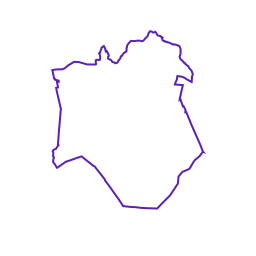 Siria, Arad, Romania (Equal Earth projection), rotated 244°
{"feature_id": "2599482B5262602220408", "entity_name": "Siria", "entity_type": "district", "adm_level": 2, "iso_a3": "ROU", "parent_name": "Romania", "parent_adm1": "Arad", "projection": "equal_earth", "projection_center": [21.642, 46.281], "detail": "fine", "context": "isolated", "style": "outline", "palette": "violet", "viewbox_px": 256, "rotation_deg": 244, "n_neighbors": 0, "source": "geoboundaries", "source_scale": "gbopen_adm2", "svg_char_len": 5681}
<svg xmlns="http://www.w3.org/2000/svg" viewBox="0 0 256 256"><g transform="rotate(244 128 128)"><path d="M205.3,190.1L204.2,188.1L202.0,185.9L200.9,182.6L200.0,180.8L199.7,179.5L199.8,178.8L201.5,176.6L202.8,173.6L203.2,172.0L204.9,169.1L204.9,168.4L203.6,165.2L203.4,164.9L203.3,164.6L203.2,164.4L202.6,163.7L202.2,163.1L201.8,163.0L201.4,162.6L201.1,162.5L201.0,162.4L200.9,162.3L200.7,161.9L200.3,161.6L200.1,161.4L199.9,161.4L199.7,161.4L199.4,161.3L199.2,161.2L198.8,160.9L198.6,160.9L198.2,160.6L197.7,160.3L197.6,160.2L197.6,159.9L197.6,159.6L197.4,159.3L197.5,159.2L197.4,158.9L197.5,158.6L197.4,158.4L197.2,157.7L197.1,156.6L196.9,156.3L196.4,155.5L196.2,155.1L195.9,154.8L195.7,154.6L195.6,154.4L195.5,154.1L195.5,153.8L195.6,153.6L195.6,153.3L195.5,153.2L195.2,152.7L195.0,152.4L194.6,152.2L194.4,152.1L194.3,151.9L193.7,151.1L193.5,150.7L193.2,150.0L193.1,149.6L192.7,149.2L192.6,148.9L192.6,148.7L192.4,148.4L192.2,148.1L191.9,147.9L191.8,147.7L191.7,147.5L191.7,147.3L191.5,147.0L191.4,146.8L191.5,146.4L191.5,146.1L191.6,145.6L191.7,145.4L191.7,145.0L191.8,144.9L192.0,144.9L192.6,144.7L193.1,144.2L193.4,143.8L193.7,143.4L193.9,143.1L194.1,142.9L194.5,142.8L195.0,142.8L195.5,142.7L196.1,142.6L196.4,142.5L196.6,142.5L196.8,142.3L197.1,142.0L197.4,141.9L197.6,141.8L197.7,141.6L198.0,141.3L198.5,140.9L198.8,140.7L199.0,140.7L199.3,140.6L199.5,140.6L199.8,140.7L199.9,140.9L200.1,141.0L200.6,141.3L200.8,141.4L200.9,141.6L201.0,141.9L201.1,142.1L201.4,142.4L201.6,142.5L201.8,142.6L202.3,142.6L202.6,142.6L203.0,142.6L203.7,142.7L204.0,142.7L204.3,142.7L205.1,142.7L205.5,142.7L205.9,142.7L206.3,142.6L206.7,142.4L206.8,142.3L206.7,142.0L206.6,141.9L206.5,141.7L207.0,141.7L207.4,141.7L208.0,142.0L208.3,142.1L208.7,142.0L208.8,142.1L209.1,142.2L209.6,142.4L209.8,142.4L210.6,142.3L211.2,142.2L211.9,142.2L212.3,142.2L212.0,140.5L211.9,139.6L210.9,139.0L210.4,138.1L209.5,137.2L208.6,136.5L208.2,135.6L207.8,135.6L207.6,134.8L207.4,134.9L205.7,134.6L204.2,134.2L202.9,133.6L202.2,133.0L201.7,132.7L201.8,131.7L202.8,130.3L203.1,129.4L203.1,129.1L203.0,128.7L202.5,128.5L201.6,128.1L200.2,127.4L199.7,127.5L199.3,127.2L199.2,126.8L201.0,123.2L203.2,118.9L205.0,117.0L208.9,112.6L210.6,109.5L210.8,108.8L211.1,108.5L210.5,101.6L209.4,97.5L209.5,95.2L209.5,94.8L209.7,94.3L210.4,92.9L210.6,92.3L211.2,91.2L211.8,89.9L211.9,89.6L212.1,89.1L213.2,85.4L204.9,83.3L204.4,83.8L203.5,83.5L201.0,86.4L199.9,85.9L201.0,84.5L195.3,82.9L195.5,82.6L195.3,81.5L195.5,81.0L193.4,80.4L184.4,78.3L175.4,76.2L175.0,76.3L174.4,75.9L171.4,74.1L165.4,70.5L159.3,66.9L155.9,64.8L148.8,60.7L146.5,59.3L144.7,58.2L144.2,58.2L144.1,57.9L143.0,58.0L142.9,57.4L142.5,56.8L142.2,56.2L141.0,54.3L140.9,54.0L140.9,53.4L141.0,52.7L140.9,52.1L140.9,51.2L140.7,50.7L140.4,50.3L140.0,50.1L139.5,50.1L139.0,50.1L137.7,49.6L137.1,49.3L136.8,49.0L136.1,48.5L135.8,48.3L135.5,48.4L135.2,48.4L134.9,48.6L134.7,48.6L134.4,48.6L134.1,48.6L133.9,48.5L133.5,48.2L133.4,48.1L133.0,47.4L131.9,46.8L131.3,46.4L130.4,45.8L130.0,45.9L126.9,46.4L123.5,46.7L123.3,46.8L123.4,47.4L124.3,53.2L124.7,55.8L125.0,57.5L124.8,58.0L124.2,62.8L123.7,67.0L123.6,68.3L122.8,73.9L118.6,75.8L109.7,80.0L107.6,81.4L106.9,81.4L105.2,81.8L101.2,82.6L98.3,83.3L95.2,83.9L92.0,84.6L91.5,84.6L91.1,84.4L90.8,84.4L87.7,85.0L85.1,85.5L82.7,85.9L81.0,86.2L74.7,87.2L73.4,87.4L70.7,87.9L68.2,88.4L66.0,88.6L63.9,88.9L62.2,89.1L59.9,89.3L59.5,90.3L58.7,91.3L55.3,96.8L53.7,99.8L51.6,103.0L50.5,104.8L49.7,106.2L49.1,107.3L48.7,107.9L48.5,108.1L48.3,108.6L47.6,110.0L46.5,111.9L45.4,114.2L44.9,115.1L44.3,116.1L43.9,117.0L43.2,118.1L42.8,118.5L43.0,119.2L46.3,128.4L48.6,135.1L49.2,136.6L56.2,148.5L62.2,152.1L64.7,157.5L64.4,163.5L64.4,164.4L64.4,165.1L64.5,165.5L65.2,166.7L66.1,168.0L68.0,170.8L69.4,173.1L69.8,173.8L70.0,174.6L70.6,177.2L71.0,178.7L71.4,180.1L73.6,184.5L73.8,185.0L73.7,185.1L74.1,185.0L77.7,185.3L81.3,185.6L89.0,185.9L102.6,186.4L112.7,187.1L116.6,187.3L116.9,186.4L117.1,186.5L117.4,186.5L118.2,187.2L118.9,187.6L123.3,187.5L123.3,186.9L125.5,187.0L126.7,187.2L129.2,187.5L130.4,187.7L130.5,186.6L132.2,187.8L142.5,196.1L146.6,189.2L147.0,189.5L147.5,190.0L148.7,191.4L150.2,193.2L151.7,194.2L152.7,194.8L152.9,195.1L153.0,195.2L152.2,196.4L151.2,197.8L150.8,198.4L150.1,199.2L149.2,200.1L148.6,200.6L146.6,201.8L145.3,202.6L144.0,203.6L141.6,205.2L141.4,205.4L142.3,205.9L143.3,206.5L144.0,206.9L144.6,207.2L145.5,207.7L145.8,207.7L146.2,208.1L146.8,208.7L147.2,209.3L147.7,209.6L147.9,209.7L148.4,209.9L149.6,210.0L150.9,210.2L151.9,210.1L152.9,209.9L153.6,209.7L154.4,209.4L154.9,209.3L155.7,209.3L156.1,209.3L157.2,209.3L157.7,209.0L158.3,208.5L159.0,208.3L159.9,207.9L160.3,207.6L160.6,207.7L161.8,207.5L162.0,207.0L163.4,206.7L164.2,206.5L165.4,206.1L166.3,205.5L167.3,205.3L168.6,205.5L169.6,205.7L170.3,206.5L171.2,207.4L172.3,208.2L173.0,208.4L174.6,209.1L175.2,209.6L175.5,209.8L175.9,209.9L176.3,209.9L177.1,210.0L177.7,210.0L178.4,210.0L178.7,210.1L179.1,210.0L179.4,209.9L179.6,209.8L179.8,209.7L180.0,209.5L180.1,209.2L180.3,208.9L180.6,208.6L180.8,208.4L181.7,207.8L182.2,207.1L182.5,206.6L182.7,206.1L183.2,205.8L183.3,205.0L183.6,204.7L184.0,204.6L184.2,204.4L184.8,204.0L185.1,203.7L186.6,202.5L187.5,201.5L187.9,200.9L188.3,200.6L188.5,200.1L189.1,199.7L189.5,199.2L189.8,199.1L190.0,199.1L190.3,199.0L190.4,198.8L190.5,198.6L190.5,198.2L191.4,197.7L192.0,197.6L192.4,197.6L192.8,197.8L193.4,198.0L193.9,197.9L194.2,197.8L194.4,197.8L194.3,198.5L194.9,198.3L195.8,197.8L196.4,197.4L196.7,196.9L197.7,195.9L198.3,195.2L199.3,195.0L200.6,195.1L201.4,195.0L202.6,194.5L202.4,193.6L202.5,192.9L202.9,192.3L204.3,191.6L205.0,190.6L205.3,190.1Z" fill="none" stroke="#5b21b6" stroke-width="2"/></g></svg>